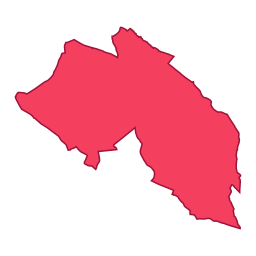 the district of Bunesti, Suceava, Romania
{"feature_id": "2599482B56325809571103", "entity_name": "Bunesti", "entity_type": "district", "adm_level": 2, "iso_a3": "ROU", "parent_name": "Romania", "parent_adm1": "Suceava", "projection": "equal_earth", "projection_center": [26.308, 47.515], "detail": "fine", "context": "isolated", "style": "filled", "palette": "rose", "viewbox_px": 256, "rotation_deg": 0, "n_neighbors": 0, "source": "geoboundaries", "source_scale": "gbopen_adm2", "svg_char_len": 5728}
<svg xmlns="http://www.w3.org/2000/svg" viewBox="0 0 256 256"><path d="M196.9,219.1L199.2,218.8L203.0,218.9L204.0,219.0L204.9,218.9L206.2,218.6L208.7,218.4L209.9,218.5L211.6,219.5L213.2,220.9L214.5,221.1L216.8,221.1L217.1,221.1L221.3,222.8L224.6,223.5L225.4,224.0L232.1,226.2L234.6,226.9L240.1,228.6L240.3,227.9L239.9,227.3L239.7,226.4L238.9,225.8L238.6,225.0L237.9,224.6L237.7,223.4L237.3,222.5L237.2,221.3L236.1,218.6L235.5,217.8L235.5,217.3L234.8,216.5L234.2,216.2L234.0,215.2L234.0,214.5L233.2,210.8L234.0,209.1L232.5,205.8L231.9,204.7L231.7,204.2L231.5,203.2L231.0,202.4L229.4,200.0L229.7,198.8L229.6,198.6L228.7,197.0L230.8,192.8L231.3,191.8L231.3,191.4L230.3,188.5L229.8,188.1L229.9,187.9L230.7,186.9L231.1,186.2L231.4,185.4L231.7,184.8L232.5,185.0L233.0,185.2L233.2,185.4L233.5,185.9L234.5,187.1L235.6,188.2L236.4,189.0L239.7,192.4L239.8,188.8L240.3,181.4L240.1,180.4L240.2,180.0L239.8,179.2L239.2,178.1L239.0,177.4L240.0,176.6L240.5,175.9L240.6,175.4L240.2,174.7L237.4,172.5L236.9,171.7L236.7,170.2L236.5,169.8L236.3,168.2L236.2,166.8L236.3,164.2L236.2,164.1L236.2,163.1L236.5,162.5L236.5,161.0L236.9,159.4L236.9,158.8L236.8,158.1L236.5,157.5L236.3,156.4L236.3,154.1L236.7,151.7L236.6,151.1L237.3,150.2L237.3,149.6L237.6,146.8L239.0,142.6L239.2,141.4L239.4,139.6L239.2,138.6L238.8,137.9L238.7,137.6L238.9,134.8L238.8,133.0L238.4,132.3L234.9,127.0L234.6,126.0L233.4,124.4L232.9,123.5L231.4,121.3L228.0,115.9L227.3,114.4L226.4,114.2L224.1,113.3L222.7,112.6L221.0,112.0L217.9,112.0L217.1,111.7L214.1,109.6L213.4,109.1L212.9,108.4L212.4,107.4L211.8,106.7L211.3,105.7L211.0,104.8L211.0,104.0L211.3,101.6L210.8,100.9L210.0,100.0L207.9,98.7L206.0,97.9L204.1,97.5L203.7,97.4L203.2,97.0L201.9,95.4L201.1,93.8L200.3,91.6L200.1,91.1L199.0,89.7L196.9,87.7L196.4,87.2L195.9,86.7L195.5,86.2L194.6,85.3L194.3,84.8L193.8,84.3L193.6,83.8L193.5,83.1L193.4,82.8L193.6,82.4L193.5,81.9L193.4,81.7L192.7,81.9L192.0,82.3L189.8,80.6L185.7,77.8L182.0,74.9L179.6,72.7L175.4,69.5L172.5,67.0L170.1,65.2L168.2,63.4L173.9,56.4L172.9,56.1L172.5,55.9L172.1,55.7L171.1,55.3L170.1,55.0L169.8,54.8L169.6,54.6L168.8,54.3L167.2,53.7L166.5,53.6L164.4,52.8L164.1,52.8L163.7,52.6L163.3,52.4L162.7,52.3L162.0,52.0L161.5,52.0L161.2,52.2L160.7,52.0L160.5,51.8L160.3,51.4L159.1,50.9L158.5,50.9L158.6,50.6L158.6,50.4L158.1,49.7L157.5,49.5L157.1,49.1L156.8,49.1L156.6,48.7L155.8,48.4L155.6,48.1L155.3,48.1L155.0,47.9L154.6,47.8L154.4,47.7L154.3,47.8L154.1,47.7L153.8,47.8L153.6,47.7L153.5,48.0L153.4,48.1L153.3,47.9L153.0,47.7L152.7,47.8L152.3,47.5L152.1,46.9L151.9,46.8L151.5,46.3L151.1,46.2L150.7,45.8L150.6,45.3L150.1,45.2L149.3,44.3L148.8,44.2L148.2,43.6L148.0,43.2L147.6,42.9L147.6,42.6L147.4,42.3L147.2,42.3L146.8,42.0L146.4,42.0L146.3,41.9L146.1,41.9L145.8,41.6L145.6,41.3L145.4,41.2L145.1,41.2L144.7,40.9L143.7,40.7L143.2,40.4L142.8,39.9L142.2,38.7L141.5,38.5L141.3,38.4L141.1,37.3L140.9,36.9L140.6,36.7L140.2,36.9L139.6,36.9L139.4,37.3L138.9,37.3L138.7,37.2L138.5,36.9L138.4,36.4L138.2,36.3L137.7,36.2L137.5,35.9L136.5,35.4L136.2,34.6L136.1,33.8L135.5,33.4L135.1,33.5L134.5,32.5L133.7,31.7L133.7,31.2L133.3,31.0L132.6,31.0L132.0,30.4L132.2,30.1L131.2,29.2L130.1,28.5L128.4,30.1L127.3,30.9L127.0,30.9L126.7,30.6L126.5,30.1L126.3,29.8L125.8,29.4L124.7,29.0L122.6,27.8L122.2,27.6L120.5,27.4L120.1,28.5L119.8,30.1L119.4,31.0L118.8,31.9L117.8,33.0L115.9,34.6L114.1,35.6L113.9,35.8L113.2,36.2L112.8,36.2L112.1,36.2L112.1,38.0L112.4,38.6L112.3,39.2L112.6,39.6L112.7,40.1L112.7,41.0L112.9,41.9L113.5,43.6L114.8,45.7L115.3,46.7L115.9,47.6L116.3,48.2L116.0,48.5L116.2,50.1L116.8,51.6L117.3,52.5L117.8,54.4L117.9,54.9L117.8,55.3L117.5,56.8L117.5,57.5L114.1,55.6L113.4,55.2L111.2,54.1L110.1,53.6L107.6,53.0L104.0,51.8L103.3,51.2L97.0,49.0L92.2,47.7L92.3,48.2L91.3,47.6L89.6,46.9L86.1,45.9L83.7,45.1L82.8,44.7L80.5,43.4L75.0,40.2L74.2,39.6L68.3,42.1L67.0,42.5L65.9,42.5L64.7,45.1L64.5,46.3L64.5,47.1L65.1,52.9L62.4,53.3L61.9,53.6L61.7,54.0L60.5,57.4L59.2,59.5L58.9,60.2L58.6,61.0L57.9,63.7L56.9,66.3L55.4,69.5L54.2,71.4L53.9,72.1L53.2,74.5L52.7,75.5L52.2,76.1L50.0,78.5L48.0,80.3L46.8,81.0L45.5,81.5L44.6,82.0L42.7,83.3L40.1,85.2L35.2,88.7L30.5,91.7L28.1,93.1L27.0,93.9L26.7,94.0L25.4,93.2L23.7,92.9L18.8,92.4L18.4,92.4L18.0,92.6L17.7,92.9L17.5,93.3L17.4,93.3L16.4,94.8L15.9,95.8L16.0,96.3L15.9,96.8L15.7,97.0L15.4,97.0L15.8,98.6L19.7,106.0L21.6,109.2L30.3,114.2L33.1,116.7L33.5,117.7L34.1,118.1L35.0,118.4L40.9,123.7L47.4,127.8L58.6,136.2L60.8,139.8L61.6,140.8L65.7,144.3L66.2,144.9L68.2,150.2L70.4,149.9L70.5,149.4L70.9,149.1L74.5,147.8L75.6,147.2L76.2,146.7L78.3,149.4L80.0,151.1L81.7,152.3L82.7,152.8L86.9,154.9L87.2,155.2L87.3,155.7L87.1,156.2L85.4,160.3L84.5,162.0L84.3,162.8L84.4,163.3L84.6,163.6L85.0,164.0L86.9,164.9L87.8,165.5L89.3,165.8L92.0,166.1L94.0,167.9L95.7,169.4L96.4,168.0L97.0,165.5L97.3,164.7L98.4,163.0L99.4,161.4L99.6,160.2L99.5,158.6L98.2,151.5L116.8,149.6L116.7,149.2L116.3,148.1L115.2,147.1L113.7,146.1L113.6,145.6L113.8,144.8L121.0,139.1L135.1,127.6L135.6,131.7L135.9,133.3L137.0,136.6L138.1,138.6L139.6,140.0L140.0,140.8L140.4,141.7L140.7,142.2L141.8,143.2L141.9,143.8L141.9,144.7L141.7,145.6L140.5,149.8L140.3,151.2L140.4,152.9L140.8,154.1L143.4,159.1L143.9,160.1L145.2,162.0L146.6,164.4L147.4,165.2L148.6,165.9L150.4,166.9L151.2,167.5L152.5,169.0L152.9,169.7L153.2,169.9L153.4,170.1L154.4,172.0L154.4,172.6L154.5,173.5L154.5,174.2L154.2,176.5L153.9,177.5L153.3,178.6L152.5,179.7L151.6,180.5L151.4,180.8L158.7,184.3L168.3,188.1L173.6,190.4L172.1,194.4L173.5,195.0L173.7,194.6L177.3,196.4L178.1,197.1L178.8,198.5L181.2,201.6L182.5,202.7L183.1,203.1L184.6,206.3L185.0,206.7L186.6,207.9L190.0,210.5L190.1,211.3L190.0,212.3L190.1,214.4L194.4,214.9L194.7,215.5L195.7,216.8L196.9,219.1Z" fill="#f43f5e" stroke="#9f1239" stroke-width="1.5"/></svg>